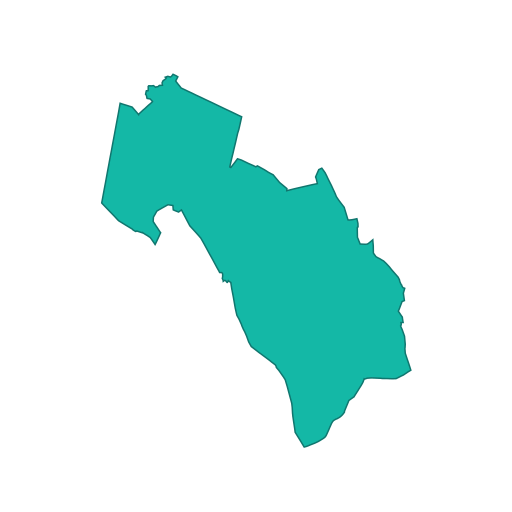 Briežuciema pag., Baltinavas, Latvia, rotated 75°
{"feature_id": "27541924B17753887700390", "entity_name": "Briežuciema pag.", "entity_type": "district", "adm_level": 2, "iso_a3": "LVA", "parent_name": "Latvia", "parent_adm1": "Baltinavas", "projection": "natural_earth1", "projection_center": [27.554, 56.968], "detail": "fine", "context": "isolated", "style": "filled", "palette": "teal", "viewbox_px": 512, "rotation_deg": 75, "n_neighbors": 0, "source": "geoboundaries", "source_scale": "gbopen_adm2", "svg_char_len": 5740}
<svg xmlns="http://www.w3.org/2000/svg" viewBox="0 0 512 512"><g transform="rotate(75 256 256)"><path d="M403.6,176.1L404.4,173.5L406.5,166.8L406.6,166.7L407.0,165.7L408.4,160.7L409.8,156.3L410.7,152.4L409.8,148.0L409.6,147.2L409.1,144.4L407.4,139.5L406.4,136.0L401.8,136.2L398.2,136.4L395.5,136.6L388.6,137.0L383.8,136.1L383.6,136.0L383.2,135.8L382.9,135.7L379.9,134.7L371.9,133.3L366.9,133.7L365.5,133.8L364.7,133.9L362.3,134.3L360.9,134.4L360.6,134.0L360.3,133.7L359.9,133.5L359.2,133.3L358.8,133.2L358.1,133.2L357.8,133.2L358.3,131.1L358.0,131.1L353.5,130.6L353.2,130.5L352.7,130.5L352.3,130.7L351.7,130.9L351.5,131.0L348.8,131.9L346.2,132.8L346.0,132.7L344.2,131.3L337.8,126.7L337.5,124.2L330.1,123.3L325.7,120.7L325.2,121.3L325.1,121.5L325.0,121.8L324.9,122.0L324.6,122.2L324.4,122.3L324.0,122.5L323.5,122.6L323.3,122.7L323.0,122.8L322.9,122.8L322.7,122.8L322.4,122.8L321.8,122.8L321.6,122.9L321.2,123.2L317.8,123.7L316.0,123.6L313.2,124.2L305.5,128.0L303.8,128.8L301.2,129.9L297.0,132.1L293.9,134.0L292.0,135.9L290.6,137.2L289.4,138.6L287.7,140.3L283.7,141.8L282.9,141.7L276.6,140.1L271.5,139.2L270.6,139.0L271.9,141.8L273.0,144.3L273.3,145.5L273.0,147.3L272.2,149.8L271.4,152.3L267.4,152.8L266.9,152.8L264.3,153.2L255.0,150.9L254.4,150.5L254.3,149.9L250.9,149.1L246.1,148.9L246.0,151.2L246.0,151.3L245.8,154.0L245.4,156.5L244.9,157.8L238.4,158.0L232.9,158.2L231.8,158.2L227.5,160.0L223.3,161.7L219.5,163.0L217.0,163.3L214.3,163.7L211.6,164.2L207.4,164.9L203.6,165.7L199.7,166.5L196.8,167.0L194.0,167.6L193.8,167.6L191.0,168.6L188.2,169.7L188.8,173.0L191.9,175.5L195.1,178.0L197.1,177.8L202.0,178.0L201.7,182.4L201.5,187.7L201.2,195.9L201.0,202.0L200.9,209.4L198.9,208.7L195.2,211.3L191.4,214.0L190.7,214.4L188.3,215.5L186.4,216.4L182.0,218.4L180.1,220.5L178.2,222.5L176.5,224.0L174.8,225.6L172.1,228.4L169.3,231.3L169.8,233.1L167.8,235.4L166.2,237.4L164.6,239.4L162.1,242.3L159.6,245.2L158.4,247.0L157.3,248.7L158.8,250.6L160.4,252.6L164.0,257.4L163.2,258.3L155.8,254.4L153.8,253.3L150.2,251.3L146.6,249.4L141.1,246.4L135.6,243.5L132.6,241.9L129.3,239.8L123.6,236.8L117.8,233.8L116.0,236.0L114.1,238.2L110.4,242.5L106.7,246.9L103.1,251.1L99.5,255.3L95.8,259.6L92.2,263.9L88.5,268.2L84.9,272.5L83.4,274.2L82.0,275.8L79.6,278.7L77.0,281.7L74.4,284.8L72.0,285.8L69.6,286.9L66.2,288.3L62.7,285.1L61.3,286.4L59.0,289.1L60.4,290.9L61.0,292.3L59.6,294.7L59.8,297.3L60.8,296.5L61.6,297.6L62.6,300.4L64.4,301.9L66.9,302.2L66.2,305.2L67.1,307.0L66.9,307.7L66.9,308.8L67.0,309.3L64.9,310.9L64.6,313.0L63.8,315.5L64.3,316.2L64.4,316.3L65.8,316.6L67.1,317.0L68.1,317.3L68.3,317.4L68.5,317.6L68.0,319.1L68.6,319.5L71.0,320.7L71.1,320.8L72.2,320.4L73.1,320.3L75.2,320.5L75.6,320.4L76.6,318.3L76.8,317.8L76.9,317.6L77.0,317.5L78.0,317.0L79.6,316.1L80.1,316.0L81.3,318.2L82.5,320.8L83.7,323.1L84.9,325.3L85.7,327.1L87.0,329.5L88.6,332.6L89.0,332.8L84.6,334.9L80.1,337.1L77.4,341.3L74.7,345.6L73.3,347.7L81.9,351.7L91.9,356.5L102.0,361.3L107.2,363.8L112.4,366.3L115.4,367.7L118.3,369.1L124.1,371.9L130.0,374.7L135.4,377.3L140.9,379.9L146.4,382.5L152.0,385.2L160.2,389.1L164.8,391.3L165.3,391.1L169.7,388.7L173.0,386.9L175.9,385.3L176.4,385.0L180.9,382.5L185.5,380.1L186.1,379.7L186.6,379.4L187.1,378.9L192.3,374.0L197.7,368.8L198.1,368.5L198.9,368.1L201.0,366.1L201.2,365.8L201.2,365.7L201.1,365.0L201.0,364.7L204.3,359.6L204.1,359.5L206.8,357.0L208.0,355.8L209.3,354.7L210.4,353.7L210.7,353.4L211.0,353.3L211.6,353.1L212.0,352.9L214.5,352.0L217.0,351.1L218.8,350.5L218.7,350.4L218.5,350.2L216.2,348.2L213.8,346.2L211.4,344.2L209.0,342.3L208.9,342.1L206.6,342.9L202.3,344.3L202.2,344.4L199.1,345.4L196.1,346.4L191.9,345.0L189.5,342.6L187.0,340.2L186.2,337.6L185.8,335.9L185.5,334.9L184.6,331.3L183.7,327.8L184.7,325.5L185.7,323.2L190.0,324.0L191.3,322.4L193.5,319.4L192.2,316.1L192.8,315.9L193.5,315.8L196.5,315.1L205.0,313.2L207.6,312.6L209.8,312.1L217.1,308.3L222.1,305.8L223.0,305.4L224.4,304.7L227.4,303.9L230.9,303.0L233.0,302.5L237.6,301.4L242.6,300.2L244.5,299.7L247.7,298.9L250.7,298.2L253.7,297.5L256.7,296.8L261.0,295.7L262.5,295.4L262.7,295.2L262.9,294.4L263.1,293.5L263.6,293.1L264.5,292.9L264.8,292.9L265.1,293.0L265.6,293.1L267.4,293.6L269.0,294.4L269.5,294.3L270.3,294.1L271.4,294.1L272.0,294.2L271.6,293.2L271.5,292.6L271.5,292.3L271.9,291.8L274.0,290.8L274.1,290.4L272.7,289.2L272.9,289.1L275.0,287.2L281.3,287.9L286.9,288.3L289.7,288.5L300.7,289.5L305.0,289.7L307.8,289.8L308.4,289.8L312.8,288.7L318.3,287.8L319.9,287.7L322.5,287.3L323.3,287.2L326.3,286.5L331.0,285.8L337.1,285.3L342.3,284.0L343.5,283.0L343.8,282.8L344.2,282.5L346.8,280.5L349.6,278.4L356.0,273.3L360.6,269.7L362.3,268.5L366.2,265.5L366.3,265.4L366.6,265.4L367.8,265.1L368.0,265.1L368.9,265.2L369.1,265.1L372.7,263.4L372.8,263.4L380.7,260.5L381.2,260.4L383.0,259.8L390.1,259.6L406.7,259.6L407.6,259.6L411.6,260.2L413.5,260.6L417.3,261.4L418.7,261.6L420.5,261.9L428.3,262.8L433.6,263.4L436.4,263.8L446.7,260.7L452.7,259.0L453.0,258.9L453.0,256.6L452.9,255.5L452.8,254.4L452.5,252.5L452.2,249.7L452.0,247.8L451.5,244.9L451.3,243.9L450.9,242.4L450.3,240.4L449.8,238.7L449.4,237.6L449.1,236.8L448.7,236.1L448.2,235.4L447.7,234.9L447.1,234.3L444.4,232.1L443.3,231.2L442.2,230.3L441.0,229.4L439.3,228.0L438.3,227.2L437.4,226.5L436.6,225.7L436.1,225.2L435.5,224.4L435.2,224.0L434.9,223.4L434.6,222.3L434.3,221.3L434.2,220.2L434.1,219.5L433.8,218.5L433.7,218.0L433.4,216.9L433.1,216.2L432.6,215.1L432.1,214.2L431.4,213.1L431.1,212.7L430.4,211.8L429.7,211.0L429.5,210.9L429.2,210.9L428.4,210.4L421.1,204.8L420.8,204.6L419.6,203.7L417.6,198.5L417.5,197.9L416.8,197.2L415.5,195.8L412.3,192.3L410.5,190.4L408.5,188.2L407.5,187.2L406.6,186.3L405.5,185.3L404.4,184.5L402.8,183.4L403.0,183.3L402.8,180.2L403.6,176.1Z" fill="#14b8a6" stroke="#0f766e" stroke-width="1.5"/></g></svg>